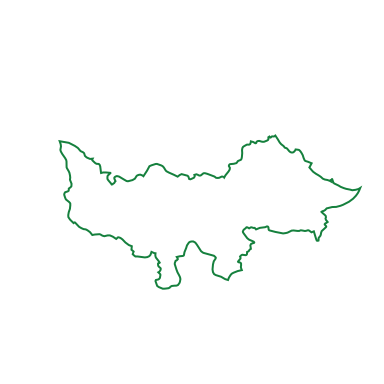 Do Luong, Nghệ An, Vietnam, rotated 304°
{"feature_id": "81297802B2130126961507", "entity_name": "Do Luong", "entity_type": "district", "adm_level": 2, "iso_a3": "VNM", "parent_name": "Vietnam", "parent_adm1": "Nghệ An", "projection": "equal_earth", "projection_center": [105.341, 18.916], "detail": "fine", "context": "isolated", "style": "outline", "palette": "green", "viewbox_px": 384, "rotation_deg": 304, "n_neighbors": 0, "source": "geoboundaries", "source_scale": "gbopen_adm2", "svg_char_len": 6096}
<svg xmlns="http://www.w3.org/2000/svg" viewBox="0 0 384 384"><g transform="rotate(304 192 192)"><path d="M94.7,215.6L94.6,217.6L95.5,221.9L96.9,223.8L99.1,226.3L100.3,227.0L101.4,227.1L102.8,227.8L104.4,229.7L105.8,231.6L107.1,232.4L109.5,232.5L110.8,232.2L113.3,231.1L114.6,229.8L115.7,228.0L117.3,224.9L119.0,222.5L122.5,218.1L123.4,217.5L125.8,216.9L127.0,217.6L128.4,217.8L128.8,217.4L129.4,216.1L129.6,215.7L131.9,217.8L133.8,220.1L134.5,220.6L135.2,220.6L137.9,219.4L142.3,218.5L144.9,217.7L148.4,217.7L149.7,218.3L150.8,219.4L151.7,220.7L151.9,222.7L151.7,223.7L150.9,225.9L148.0,232.6L147.9,234.2L147.9,235.4L151.4,245.8L151.2,247.5L150.9,248.4L150.0,248.8L146.7,248.8L143.7,249.9L139.3,252.3L137.3,254.2L136.3,256.2L136.4,258.1L138.0,263.5L138.3,268.2L139.2,271.1L141.6,270.5L144.7,270.4L146.4,270.6L148.2,271.5L152.0,274.1L155.1,277.0L156.3,275.3L157.2,274.4L158.5,273.8L160.1,272.7L160.4,272.1L160.3,270.8L159.8,269.9L159.8,269.4L160.0,269.1L160.9,269.1L163.9,269.4L164.6,269.0L165.4,267.9L167.3,268.3L168.1,268.8L169.3,271.2L169.7,271.9L170.3,272.3L171.2,272.3L173.2,271.2L174.3,272.0L175.0,272.1L175.7,272.0L176.6,272.1L177.8,272.6L180.4,270.2L181.8,270.0L182.2,270.1L184.6,271.9L185.0,271.8L185.3,271.0L185.0,269.0L184.4,266.0L184.5,264.7L184.6,263.6L185.5,261.0L186.5,258.2L187.1,256.8L187.6,256.3L189.0,256.0L189.7,256.0L192.3,256.8L192.9,256.8L193.4,257.1L193.7,257.9L193.8,259.7L195.5,260.5L196.0,261.1L196.6,263.1L197.3,264.0L196.8,266.0L200.2,268.3L203.8,272.4L205.3,273.3L205.7,274.0L205.7,274.4L205.6,274.8L205.3,275.2L203.7,276.6L203.5,277.0L203.5,277.7L205.5,283.4L208.6,290.7L210.3,292.6L211.7,293.9L215.7,296.2L216.9,297.7L218.8,301.4L219.6,302.6L221.0,303.5L221.6,304.6L222.8,307.4L223.5,308.2L225.2,309.6L225.5,310.6L225.4,313.6L227.5,315.0L222.5,321.1L221.5,322.6L221.6,323.1L222.4,324.0L223.0,323.8L224.1,323.0L224.8,322.7L227.6,322.9L228.7,322.6L230.5,321.8L232.1,321.4L237.6,322.7L238.3,322.7L238.7,322.2L239.2,320.3L239.5,320.0L240.2,320.0L241.6,320.7L243.0,321.2L243.8,318.6L244.7,317.5L245.9,317.2L246.9,316.3L247.2,315.2L247.6,312.0L247.9,310.5L248.9,310.8L249.9,311.7L251.6,312.5L253.7,312.8L257.9,316.6L260.3,319.9L263.6,322.8L265.9,324.4L271.7,327.6L276.5,329.3L280.6,330.0L283.8,330.1L286.6,329.8L289.4,329.2L287.6,328.4L285.3,326.4L283.1,323.9L282.4,321.8L280.8,318.0L280.1,315.6L279.4,312.3L279.3,309.8L278.6,305.2L278.8,304.0L281.0,301.1L280.8,300.8L280.2,300.9L279.3,300.2L279.0,300.3L278.4,301.1L278.3,300.0L277.7,297.6L276.6,295.1L276.2,293.0L276.6,290.3L276.6,287.7L276.4,284.5L276.5,281.2L277.0,279.1L278.0,275.6L282.7,275.1L281.9,271.2L281.4,269.6L281.1,268.5L281.3,267.6L282.7,265.4L284.4,263.3L285.5,261.2L286.3,259.3L286.7,257.6L286.6,256.9L285.7,255.0L285.2,254.1L284.5,254.3L283.3,254.2L282.1,254.0L281.3,253.6L280.6,252.8L280.2,251.8L280.1,251.1L280.2,249.8L281.1,246.8L281.2,245.9L280.7,244.5L280.7,243.8L281.1,243.0L281.3,242.1L281.5,239.2L282.1,237.0L283.7,233.6L285.4,229.5L284.1,229.1L283.7,228.7L283.3,227.9L282.8,227.2L281.2,226.8L280.9,226.5L281.3,225.2L280.1,224.7L278.5,225.8L277.5,225.9L276.5,225.4L274.0,223.7L273.3,222.8L272.7,221.6L272.0,219.3L271.2,218.2L270.0,217.5L269.4,217.5L268.6,217.8L268.3,217.7L267.8,217.2L267.7,214.9L266.9,212.5L265.9,213.0L264.3,213.4L263.5,213.1L262.9,212.5L262.5,211.7L261.8,210.9L259.0,209.5L257.9,209.1L256.6,209.2L254.8,210.0L252.3,211.9L248.9,213.8L247.2,214.5L246.0,214.5L244.2,213.3L243.1,212.7L241.7,212.8L240.7,212.6L238.6,210.7L236.4,208.0L235.7,207.7L234.8,207.7L234.1,208.1L233.2,209.9L231.6,210.7L229.4,210.8L224.5,210.4L222.0,210.6L222.2,210.1L221.9,208.8L221.4,208.0L219.0,206.6L218.1,205.6L217.6,204.8L217.2,203.8L217.4,202.1L215.6,194.5L214.9,192.4L214.3,191.4L213.6,190.9L210.9,190.1L210.0,189.4L209.6,188.4L209.5,187.1L209.1,185.7L207.5,184.4L206.7,185.4L205.8,185.6L204.9,185.6L202.7,184.3L201.6,183.5L201.2,182.4L202.8,180.3L203.0,179.2L201.0,173.4L199.2,172.3L196.7,171.5L196.1,167.1L195.2,162.1L194.9,159.2L195.2,158.0L196.6,154.9L197.0,153.1L196.8,151.5L195.7,147.3L194.9,146.2L191.5,143.5L189.6,142.3L184.6,142.8L177.9,142.9L178.0,141.7L177.5,139.5L176.7,138.5L175.2,137.4L174.2,137.1L171.1,137.2L168.6,136.0L165.1,132.9L164.5,131.6L164.3,128.6L164.0,123.0L163.5,121.5L163.0,120.6L161.9,119.9L161.0,119.6L160.5,119.6L159.6,120.2L158.2,122.5L157.6,122.4L155.9,122.5L154.3,121.8L153.9,121.8L153.3,121.2L153.8,120.0L154.9,116.1L155.5,114.7L156.2,114.1L157.7,113.2L158.5,113.0L162.0,113.8L162.2,113.6L160.0,109.6L158.6,107.5L156.9,106.0L157.2,105.7L161.8,101.7L162.8,100.4L163.1,99.4L163.0,98.8L162.0,97.1L161.9,96.1L161.9,95.4L162.5,91.8L162.8,91.2L164.1,91.0L162.4,89.0L162.3,88.5L161.8,85.8L161.8,84.9L162.1,83.0L163.5,81.3L163.9,80.6L164.0,79.4L163.6,76.9L163.8,75.9L164.6,73.2L164.7,72.5L164.7,69.0L163.9,62.4L160.1,53.9L158.1,56.5L156.5,57.9L153.4,59.3L152.8,59.9L152.1,60.9L151.0,63.1L149.1,68.0L148.1,69.9L147.1,70.9L142.4,74.2L141.8,75.0L140.3,78.1L139.4,79.6L137.4,81.7L135.7,83.1L134.2,83.8L133.6,84.4L131.5,87.5L129.5,88.7L129.1,88.8L127.7,88.6L126.6,88.1L125.8,88.0L125.0,88.6L124.0,89.0L123.1,88.7L120.9,87.0L119.8,87.0L118.7,87.3L118.0,87.9L116.5,89.8L115.5,91.3L115.3,91.9L115.0,95.7L114.7,96.9L114.4,97.5L113.0,98.5L109.8,100.2L106.4,101.1L103.7,102.3L102.1,103.5L101.6,104.6L100.9,106.4L100.0,111.2L101.0,111.5L101.3,112.1L100.0,117.9L100.2,120.6L100.6,122.9L101.3,124.2L101.7,125.4L101.8,127.0L101.7,129.8L100.6,133.4L102.4,135.2L105.3,138.9L105.6,139.9L105.7,142.1L106.3,144.0L108.9,146.4L110.1,148.2L110.7,151.3L110.7,155.4L111.7,155.7L112.7,155.8L113.4,156.5L113.9,158.4L113.8,160.9L112.9,165.0L112.7,169.3L113.4,172.4L110.3,174.1L110.0,176.9L107.3,177.6L107.0,179.3L106.9,181.1L108.1,182.9L111.4,189.5L113.1,191.4L115.0,192.5L116.8,192.7L119.7,191.9L120.2,194.8L120.8,196.0L119.1,196.9L117.9,198.1L117.4,198.9L116.1,202.9L115.4,204.7L115.0,204.7L114.2,203.9L113.6,203.9L112.9,204.4L111.9,205.3L111.4,207.0L111.4,208.1L111.1,208.8L110.3,209.3L109.2,209.6L107.6,209.5L106.6,209.0L106.1,211.6L105.6,212.2L102.9,213.4L101.8,213.4L100.7,213.0L99.6,212.0L98.9,211.3L98.4,211.3L97.6,211.7L94.7,215.6Z" fill="none" stroke="#15803d" stroke-width="2"/></g></svg>